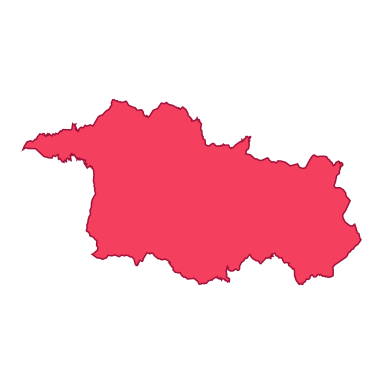 outline of San Jacinto, Bolívar, Colombia
{"feature_id": "7082276B39027064553052", "entity_name": "San Jacinto", "entity_type": "district", "adm_level": 2, "iso_a3": "COL", "parent_name": "Colombia", "parent_adm1": "Bolívar", "projection": "equal_earth", "projection_center": [-75.131, 9.84], "detail": "fine", "context": "isolated", "style": "filled", "palette": "rose", "viewbox_px": 384, "rotation_deg": 0, "n_neighbors": 0, "source": "geoboundaries", "source_scale": "gbopen_adm2", "svg_char_len": 5983}
<svg xmlns="http://www.w3.org/2000/svg" viewBox="0 0 384 384"><path d="M333.1,275.6L333.2,269.5L332.7,267.3L335.0,264.7L345.8,257.3L347.3,255.5L348.2,252.9L350.0,251.8L352.0,249.3L353.2,249.1L355.1,246.2L357.8,244.4L361.0,239.8L359.9,238.3L358.9,233.7L357.4,232.9L354.7,224.2L352.0,226.3L349.1,225.2L344.9,221.8L342.8,217.3L342.7,214.8L345.8,210.1L350.2,200.6L346.5,196.6L345.8,194.9L345.6,192.8L343.3,189.8L339.9,187.7L335.4,187.8L334.0,185.7L335.4,181.9L336.7,175.4L339.2,173.6L339.6,170.2L340.2,168.9L340.1,167.2L340.6,167.5L341.2,165.4L341.8,166.0L342.7,165.4L342.6,163.7L341.2,162.5L339.6,163.5L339.4,161.7L338.4,161.2L335.9,162.5L335.7,163.6L334.5,164.5L334.5,165.4L333.1,165.5L331.9,162.5L330.1,161.4L329.9,160.4L328.0,159.0L326.5,156.7L323.5,156.2L316.5,156.6L315.2,155.4L313.6,155.0L311.8,156.7L309.9,159.7L305.6,167.8L302.6,168.4L299.4,167.3L297.6,163.9L290.4,165.9L285.4,162.3L281.1,161.1L277.9,160.9L276.4,162.9L273.5,161.7L271.6,162.1L269.0,159.9L268.4,158.3L267.3,157.9L261.8,160.4L259.0,160.3L257.1,159.0L254.8,158.8L250.3,154.7L245.9,154.0L246.3,150.4L247.9,149.4L248.8,147.8L249.2,143.9L248.8,142.4L249.6,141.1L248.7,141.1L248.6,140.3L250.4,137.5L250.6,136.7L250.1,136.5L248.5,137.9L247.6,136.6L246.0,136.5L245.5,138.1L244.2,139.0L243.4,140.7L242.1,139.7L242.3,140.8L241.7,141.8L241.2,141.3L239.4,142.2L235.4,145.1L233.0,147.7L231.8,147.6L231.1,148.4L229.4,147.2L228.6,145.1L224.8,145.2L223.4,144.1L222.2,145.8L221.2,145.3L220.0,146.2L218.6,145.8L216.8,146.2L215.0,145.2L214.6,144.1L212.6,143.4L208.7,146.1L206.2,145.2L205.4,143.9L205.0,139.9L203.0,138.7L203.1,136.5L202.2,135.6L201.7,130.3L200.8,130.0L200.6,129.3L201.4,123.6L200.2,122.6L199.7,121.2L199.2,121.5L199.2,119.8L198.6,119.5L197.7,120.1L197.1,118.0L196.6,119.1L194.8,120.6L191.7,121.1L191.9,119.3L188.0,115.1L187.9,113.4L185.9,109.6L182.7,107.0L180.2,109.3L179.5,108.3L178.8,108.7L178.4,107.8L176.9,108.1L176.5,107.2L175.5,107.2L173.5,105.7L168.5,104.3L166.4,102.4L164.8,103.7L161.3,103.1L157.6,108.6L153.3,110.2L149.8,115.8L148.1,117.4L146.8,115.6L145.7,116.5L144.2,115.1L143.5,114.0L143.2,112.0L142.1,110.3L141.2,109.7L138.1,110.3L136.5,109.9L136.0,108.6L134.7,107.5L133.3,107.4L128.5,105.2L126.5,101.5L125.3,101.2L124.3,102.0L121.3,102.5L120.7,101.9L118.5,101.9L117.4,100.8L115.4,100.7L113.9,99.6L112.7,99.8L112.3,100.6L111.4,103.0L111.7,105.2L110.0,107.4L109.6,108.8L106.0,111.1L102.0,115.4L100.9,115.3L98.4,116.7L93.0,125.9L90.1,124.9L87.0,126.2L85.1,125.3L83.1,128.0L81.3,127.2L80.5,127.5L78.7,129.5L78.3,131.4L77.9,131.5L76.7,129.2L76.3,130.2L75.8,129.9L75.5,128.6L76.2,128.2L76.1,127.4L74.7,125.8L75.7,124.2L73.4,124.6L72.7,123.8L71.9,129.0L71.0,129.9L62.8,129.6L61.2,131.6L60.4,131.0L57.9,134.0L55.7,133.3L54.8,134.9L53.1,133.9L51.8,136.0L48.9,133.7L48.4,134.0L48.5,135.2L47.9,135.1L47.5,134.1L46.5,136.1L46.0,135.2L45.5,135.9L44.2,135.6L44.4,134.2L44.0,133.6L42.9,133.6L42.0,134.6L39.8,133.9L36.9,137.7L36.6,139.1L35.1,139.4L32.7,141.8L30.6,140.8L27.2,141.8L24.2,146.4L23.0,149.6L25.6,147.7L28.2,148.5L35.6,148.7L44.0,156.5L48.9,157.8L52.0,158.0L53.2,155.7L53.9,155.5L55.3,156.5L58.0,154.6L58.4,159.0L58.9,159.4L60.0,158.6L62.1,161.7L64.0,162.3L63.9,161.0L64.6,160.3L66.8,162.2L66.3,161.0L66.5,158.5L67.8,158.4L68.7,159.6L69.6,158.6L70.5,159.3L70.0,160.0L71.1,160.5L70.3,155.3L71.4,155.4L71.1,154.0L71.8,153.6L71.9,154.7L72.6,155.2L74.0,154.4L74.1,155.7L75.6,156.3L76.2,158.0L77.0,157.8L77.0,159.7L78.2,158.3L79.0,159.9L79.4,159.7L79.1,158.7L79.5,158.4L80.5,158.9L80.7,159.7L82.4,159.0L83.6,160.9L83.9,159.9L85.7,160.2L85.0,162.7L84.3,162.5L84.1,163.0L84.9,164.2L85.4,163.3L86.8,164.1L85.8,165.6L87.2,168.0L90.0,165.7L90.4,165.8L90.5,166.9L92.1,166.7L92.0,168.3L93.3,169.3L93.6,170.4L94.0,174.9L93.4,181.3L94.4,184.5L94.1,186.3L94.8,188.0L94.6,189.7L95.6,193.7L92.3,199.6L91.5,203.0L91.4,207.0L89.9,210.6L90.6,214.2L89.1,216.5L88.2,219.7L87.8,222.8L86.9,224.8L87.1,227.7L86.3,230.9L88.7,232.3L89.6,233.8L89.9,235.8L93.6,237.3L94.4,238.7L96.9,240.9L96.6,245.6L97.8,247.1L97.7,249.8L93.5,253.7L92.1,254.3L96.7,257.7L100.6,258.3L102.3,259.3L106.5,257.8L107.8,255.4L111.9,255.8L115.0,254.9L119.1,256.7L121.9,255.0L124.5,255.9L125.2,255.3L128.0,255.5L129.9,256.8L132.1,257.0L134.0,259.2L135.3,264.1L135.9,264.3L136.1,265.4L137.3,265.5L137.4,264.7L138.4,263.9L138.4,262.5L139.0,262.3L139.3,260.7L140.5,260.5L142.1,261.4L142.9,260.5L143.4,258.6L146.8,253.0L149.0,253.2L149.8,253.9L151.6,253.0L153.4,253.9L154.4,255.7L158.2,258.7L160.0,258.8L161.5,259.8L165.4,259.2L168.6,260.9L170.3,262.4L169.9,263.5L169.4,263.3L171.9,266.9L173.1,267.3L173.0,269.8L175.2,272.2L178.4,272.9L180.4,272.7L181.4,275.2L183.6,277.1L185.4,277.1L187.5,279.0L194.0,278.4L197.7,281.4L199.2,284.2L201.3,283.9L202.0,283.2L203.9,283.7L206.5,283.2L208.1,281.1L211.4,279.8L212.2,280.1L213.2,278.8L216.1,277.1L217.0,277.8L217.6,277.0L218.0,278.2L218.8,278.8L219.7,278.4L220.1,279.0L220.7,278.2L221.6,279.9L222.0,278.7L224.4,279.0L225.1,279.7L225.1,280.5L226.8,280.7L227.5,281.9L228.5,281.4L229.3,281.7L229.5,278.9L226.4,276.7L226.8,274.7L226.1,270.9L226.7,269.8L227.2,266.6L227.6,266.2L228.5,269.8L230.5,271.0L233.0,270.9L235.7,269.0L237.6,270.3L238.6,270.3L239.6,268.7L239.6,266.2L241.4,262.5L243.5,261.0L245.3,258.3L246.8,258.3L249.5,254.7L250.3,254.8L251.0,256.7L253.0,258.8L256.0,260.6L258.8,261.2L259.5,262.9L260.8,263.7L266.1,257.9L267.4,258.2L269.6,257.3L270.0,258.3L270.8,258.5L270.9,256.5L273.1,256.2L272.1,254.7L271.1,255.4L271.5,254.4L274.8,253.3L276.1,255.6L278.4,256.6L278.8,257.9L282.0,257.8L282.7,260.3L284.4,263.0L286.1,262.5L289.2,263.1L288.5,264.0L288.7,265.3L291.8,267.6L292.6,269.0L293.8,268.7L294.5,270.7L294.6,275.6L295.1,277.4L296.3,280.5L299.2,284.4L300.9,283.5L301.8,284.4L302.8,284.2L303.2,282.9L305.0,281.8L306.6,278.9L308.1,279.4L309.5,278.8L310.5,275.7L311.8,275.1L312.5,275.1L313.7,276.8L314.6,276.9L316.1,276.6L317.9,274.4L318.7,274.4L319.7,275.3L320.7,274.4L322.5,276.2L323.3,275.8L325.3,276.8L325.9,276.1L327.9,277.3L331.3,276.7L333.1,275.6Z" fill="#f43f5e" stroke="#9f1239" stroke-width="1.5"/></svg>